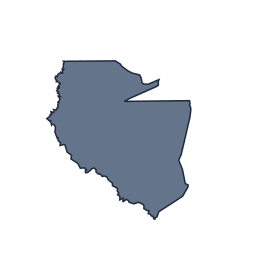 the district of Alfredo Baquerizo Moreno, Guayas, Ecuador, rotated 237°
{"feature_id": "8360857B37279599451859", "entity_name": "Alfredo Baquerizo Moreno", "entity_type": "district", "adm_level": 2, "iso_a3": "ECU", "parent_name": "Ecuador", "parent_adm1": "Guayas", "projection": "mercator", "projection_center": [-79.533, -1.955], "detail": "medium", "context": "isolated", "style": "filled", "palette": "slate", "viewbox_px": 256, "rotation_deg": 237, "n_neighbors": 0, "source": "geoboundaries", "source_scale": "gbopen_adm2", "svg_char_len": 1830}
<svg xmlns="http://www.w3.org/2000/svg" viewBox="0 0 256 256"><g transform="rotate(237 128 128)"><path d="M219.1,110.2L217.8,110.4L217.3,109.1L214.1,106.7L213.2,104.7L212.4,104.6L212.1,105.6L211.5,103.9L209.8,103.2L210.1,102.3L211.5,101.9L210.9,100.9L211.4,99.8L210.8,97.6L209.6,96.8L210.8,95.7L209.7,94.1L207.0,93.9L205.9,93.1L205.5,94.3L203.8,94.4L202.3,95.5L200.7,91.6L200.0,92.7L199.0,92.2L199.6,90.2L198.6,90.1L198.0,88.4L195.9,89.3L195.5,87.9L194.1,88.8L192.7,87.9L191.5,88.2L192.6,86.8L189.9,86.9L187.9,84.8L187.8,83.1L186.5,83.3L185.6,81.7L183.1,80.1L183.3,79.1L182.2,77.2L183.9,75.7L182.9,75.6L181.5,73.9L183.7,72.3L182.4,71.6L181.9,72.0L181.0,71.0L181.5,69.8L180.4,68.9L180.1,65.0L177.4,65.8L176.3,66.9L176.0,66.2L174.6,66.5L172.2,65.5L172.5,66.2L170.9,67.9L167.9,67.5L164.5,64.5L158.2,63.1L158.0,64.0L155.6,62.6L152.2,63.2L150.3,61.5L149.1,65.1L148.2,65.9L141.0,63.8L135.9,65.8L133.2,63.3L125.6,66.6L120.3,66.1L118.1,70.1L117.3,69.7L115.5,70.5L115.3,68.9L113.6,68.0L112.6,70.0L113.5,76.0L112.8,77.8L110.3,78.4L108.5,77.2L105.5,78.1L104.3,79.7L101.3,80.0L100.6,82.1L98.1,83.6L95.4,83.2L90.1,84.9L88.1,83.5L83.2,86.3L80.9,84.6L78.5,84.9L77.7,82.9L75.2,84.0L72.2,82.0L71.8,85.7L70.8,85.6L69.8,83.9L68.9,83.9L68.9,87.9L66.9,88.8L65.1,88.5L61.2,91.6L60.0,96.3L56.0,98.9L53.9,99.0L51.8,97.4L48.4,99.0L47.3,100.5L45.2,98.3L43.5,99.7L41.5,99.7L40.1,100.9L37.9,100.1L36.9,101.0L38.0,101.8L37.6,103.7L41.0,108.3L41.0,136.5L45.7,145.9L47.4,147.4L50.3,145.8L63.6,151.1L73.4,153.0L76.7,158.1L103.5,186.0L108.8,190.4L110.8,191.6L113.9,192.2L114.3,193.1L117.4,194.5L152.4,139.3L151.8,146.2L147.3,174.2L147.3,176.7L150.7,178.9L151.7,180.3L153.7,168.9L156.4,165.0L158.5,164.5L162.9,166.3L166.2,166.7L171.7,161.5L176.1,159.0L183.1,156.4L185.7,156.4L191.2,153.9L219.1,110.2Z" fill="#64748b" stroke="#1e293b" stroke-width="1.5"/></g></svg>